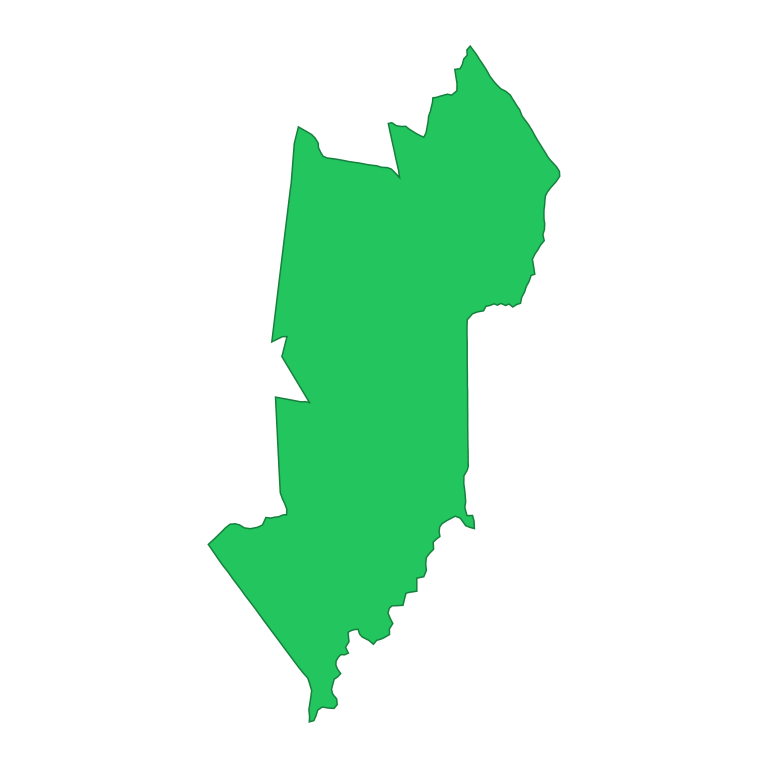 the district of Cascavel, Ceará, Brazil
{"feature_id": "56859067B6895009837112", "entity_name": "Cascavel", "entity_type": "district", "adm_level": 2, "iso_a3": "BRA", "parent_name": "Brazil", "parent_adm1": "Ceará", "projection": "natural_earth1", "projection_center": [-38.279, -4.254], "detail": "fine", "context": "isolated", "style": "filled", "palette": "green", "viewbox_px": 768, "rotation_deg": 0, "n_neighbors": 0, "source": "geoboundaries", "source_scale": "gbopen_adm2", "svg_char_len": 3561}
<svg xmlns="http://www.w3.org/2000/svg" viewBox="0 0 768 768"><path d="M454.8,69.4L457.0,83.6L456.9,90.7L451.7,95.1L447.4,94.2L444.0,95.1L439.7,96.3L436.3,97.4L432.9,97.8L432.5,102.3L431.4,106.8L430.4,111.3L428.6,116.2L428.1,121.8L426.0,132.9L423.8,137.2L419.5,135.3L414.8,132.7L408.9,128.9L405.7,126.3L401.7,126.5L396.6,125.8L391.8,122.7L388.3,123.5L389.6,129.7L392.2,141.7L394.0,149.8L395.9,158.8L397.6,166.2L398.6,170.6L399.6,177.6L395.3,173.1L391.4,169.1L387.3,167.6L381.7,167.3L376.7,165.8L371.7,165.2L367.3,164.6L359.7,163.1L349.0,161.6L343.7,160.5L338.1,159.5L333.1,158.7L327.2,158.0L323.0,156.2L320.6,152.2L318.5,147.7L318.2,143.2L315.2,138.2L311.7,134.6L307.7,132.2L298.4,126.9L294.3,143.4L291.2,183.2L290.4,188.7L284.7,235.4L278.1,289.9L271.8,341.9L282.3,336.7L287.0,336.6L281.9,356.6L309.5,402.6L305.1,401.6L301.2,401.9L275.5,397.1L279.0,468.0L280.3,492.9L282.6,499.2L284.6,503.3L286.8,509.1L286.6,514.7L283.1,514.9L278.6,516.8L274.7,517.2L270.7,518.1L265.9,517.5L264.2,521.3L262.4,525.0L257.6,527.3L250.4,528.7L244.4,527.9L239.5,524.9L235.2,523.8L230.1,524.2L225.4,527.9L221.2,532.2L214.4,538.8L208.3,544.4L220.0,561.5L223.4,566.2L227.5,571.3L233.9,580.3L241.1,589.7L244.6,594.7L254.7,607.9L263.5,620.1L271.3,630.6L276.8,637.9L283.3,646.7L287.1,651.8L293.9,660.9L298.3,666.8L302.8,672.5L307.8,678.1L309.7,683.8L311.7,690.7L310.1,702.0L308.9,709.5L309.6,717.0L309.3,721.9L313.9,720.6L316.0,715.7L317.8,710.0L322.4,707.0L327.9,708.0L334.1,708.4L337.2,704.6L336.7,699.0L332.7,694.1L331.5,689.2L332.6,684.9L334.2,679.2L337.5,677.0L340.7,673.6L337.5,669.1L335.9,665.1L336.1,661.0L338.3,657.2L340.9,654.6L344.6,654.8L348.4,653.1L345.5,647.3L349.0,641.7L348.5,637.0L348.1,632.3L351.1,630.6L354.4,629.6L358.1,629.3L359.6,634.0L362.2,637.0L368.9,640.4L373.4,644.3L376.7,640.3L380.7,639.2L384.1,637.7L389.5,634.5L389.4,628.9L392.8,623.5L390.2,618.4L388.0,613.1L389.3,608.3L392.0,605.8L396.5,605.7L403.0,605.3L404.6,598.5L406.0,593.2L409.6,592.3L416.8,591.2L416.8,586.3L416.8,578.2L423.8,576.7L426.4,570.3L425.7,564.2L426.3,557.5L429.7,553.2L433.6,549.2L433.2,542.1L436.9,538.7L439.9,536.5L439.1,531.6L439.7,526.9L442.1,523.7L446.6,520.7L455.2,516.2L460.2,518.1L463.1,522.0L465.6,525.6L469.7,527.3L474.4,528.6L474.0,520.8L472.5,515.5L467.0,515.6L465.9,511.7L464.8,507.2L465.7,501.8L465.1,494.2L464.4,487.9L463.8,483.8L463.9,475.9L467.2,470.2L468.3,466.1L468.1,461.0L468.1,455.9L468.1,451.4L467.9,446.2L467.9,442.0L467.8,437.7L467.8,432.3L467.7,426.8L467.7,418.8L467.7,412.2L467.6,407.3L467.6,402.2L467.6,396.7L467.6,391.2L467.4,386.2L467.4,380.6L467.4,375.1L467.2,362.6L467.2,355.2L467.2,350.0L467.2,342.3L467.0,335.2L467.0,330.5L467.0,326.5L467.2,319.8L472.5,313.8L477.6,311.9L483.6,310.8L485.9,306.3L489.9,305.5L494.2,303.8L497.4,305.2L501.0,303.4L505.6,305.5L509.0,304.0L512.8,307.0L516.7,304.5L520.5,303.3L521.7,297.3L524.5,292.1L526.3,286.5L529.0,281.6L531.1,275.4L534.8,274.2L533.6,266.6L532.4,259.2L535.0,254.0L538.3,249.1L540.3,245.4L544.2,240.7L542.9,234.5L544.4,229.6L544.7,223.8L544.0,219.1L543.9,213.7L544.0,209.7L544.6,205.4L544.9,200.5L545.4,196.0L547.2,192.4L549.9,188.6L556.2,181.5L559.7,176.3L559.4,171.4L556.6,166.9L553.3,163.3L550.7,160.5L547.9,157.1L546.0,153.7L543.9,150.4L541.1,145.9L537.4,140.0L534.4,134.8L532.3,130.8L528.3,124.4L522.1,116.1L519.7,109.8L517.1,106.2L514.5,101.9L512.4,98.7L510.3,95.1L505.9,91.4L501.0,88.9L498.1,86.2L494.6,82.4L490.0,76.4L486.4,69.8L482.7,64.1L479.4,59.3L476.6,54.7L470.2,46.1L466.9,49.9L467.2,55.2L463.8,58.9L462.3,64.5L460.0,68.7L454.8,69.4Z" fill="#22c55e" stroke="#15803d" stroke-width="1.5"/></svg>